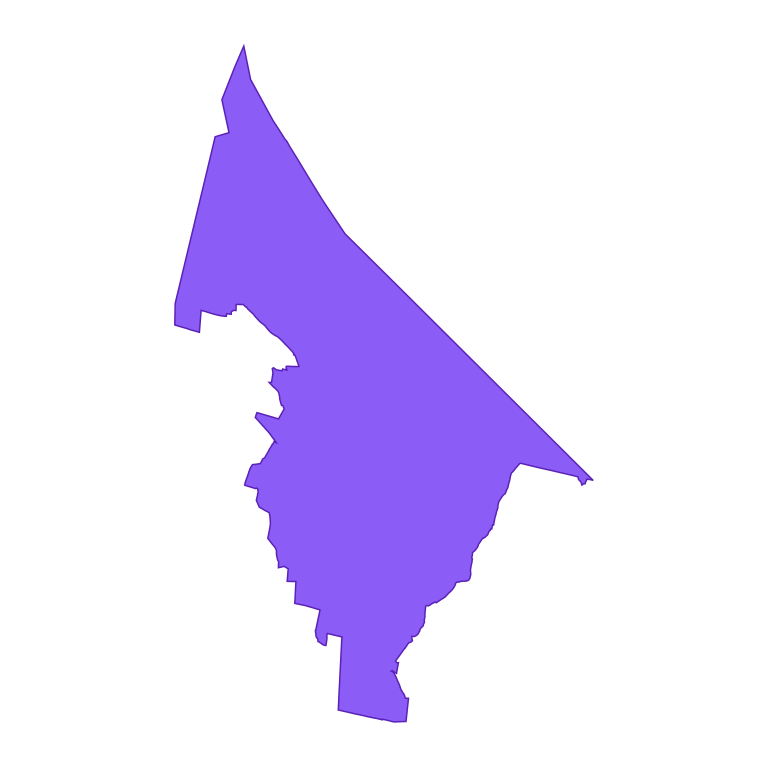 General Pánfilo Natera, Zacatecas, Mexico
{"feature_id": "50627088B90633980293506", "entity_name": "General Pánfilo Natera", "entity_type": "district", "adm_level": 2, "iso_a3": "MEX", "parent_name": "Mexico", "parent_adm1": "Zacatecas", "projection": "equal_earth", "projection_center": [-102.129, 22.703], "detail": "fine", "context": "isolated", "style": "filled", "palette": "violet", "viewbox_px": 768, "rotation_deg": 0, "n_neighbors": 0, "source": "geoboundaries", "source_scale": "gbopen_adm2", "svg_char_len": 6017}
<svg xmlns="http://www.w3.org/2000/svg" viewBox="0 0 768 768"><path d="M243.8,46.1L242.4,49.2L234.6,67.4L226.1,89.0L221.9,99.7L229.0,132.7L215.2,136.7L203.8,184.3L194.3,223.8L193.7,226.7L193.6,226.8L175.2,303.4L174.8,325.0L180.8,326.8L187.5,328.7L189.6,329.5L191.8,330.2L193.9,330.7L196.2,331.4L198.3,332.0L199.4,332.3L201.1,310.4L205.7,311.6L208.4,312.5L208.5,312.5L209.6,312.9L210.1,313.0L211.4,313.4L214.0,314.2L216.5,314.8L219.5,315.5L221.7,315.9L225.8,316.4L226.3,316.3L226.7,313.7L231.2,314.3L231.3,312.6L231.3,311.7L233.1,310.6L234.0,310.4L236.0,310.5L236.0,309.9L236.0,309.0L236.1,306.2L236.1,304.6L236.3,304.4L237.6,304.4L239.6,304.5L241.9,304.5L243.3,304.5L244.1,305.3L245.6,306.9L246.9,307.3L247.5,308.7L250.7,311.8L250.9,311.9L253.6,314.4L254.4,315.6L255.5,316.9L257.3,318.9L257.9,319.5L259.4,321.2L260.3,322.1L263.8,324.7L265.3,326.1L265.6,326.4L266.7,328.0L267.1,328.4L269.2,330.9L270.6,332.2L271.6,333.2L272.9,334.0L273.5,334.4L274.3,335.0L275.5,335.7L276.0,335.9L276.9,336.3L277.9,337.0L279.6,338.5L281.1,339.9L282.4,341.2L282.8,341.5L283.1,341.9L284.9,343.9L285.5,344.6L286.7,345.6L288.1,347.1L289.2,348.2L289.9,349.0L290.7,350.0L291.0,350.2L293.2,352.7L293.6,353.4L293.5,353.8L294.0,354.1L293.8,354.9L295.1,355.5L296.9,360.4L296.9,360.6L299.0,366.4L299.0,366.5L298.8,366.6L298.5,366.6L294.8,366.5L293.3,366.5L291.6,366.5L289.7,366.3L287.0,366.3L286.6,366.3L286.2,366.4L286.2,366.8L286.2,367.3L286.1,368.8L286.6,368.9L286.9,370.1L284.8,369.6L282.7,369.0L282.1,370.7L279.7,370.4L276.3,369.8L274.9,368.7L273.6,367.8L272.8,368.2L272.3,368.6L272.4,369.3L273.1,373.9L272.8,374.0L271.5,382.4L269.1,382.4L273.6,387.1L274.9,388.1L276.1,389.3L277.9,391.2L278.9,393.2L279.1,394.2L279.2,395.1L279.6,396.7L279.7,398.0L279.7,398.9L280.7,402.8L281.2,404.3L281.5,405.3L282.8,405.7L284.2,408.9L278.5,418.9L257.0,412.6L256.2,414.6L255.3,417.5L259.0,421.4L259.5,422.1L261.5,424.3L262.5,425.5L263.8,426.8L265.4,428.7L266.6,430.0L267.9,431.4L269.9,433.9L271.6,436.3L272.8,437.8L273.2,438.5L273.3,438.5L274.4,440.0L276.3,442.6L274.1,441.7L274.1,441.8L273.5,442.9L272.6,444.4L272.3,444.3L271.0,446.8L269.5,449.1L267.8,452.4L266.0,455.4L265.0,457.2L264.7,457.7L263.1,458.8L262.5,459.1L262.2,460.1L261.8,460.8L260.5,463.4L259.5,463.7L257.6,464.0L254.6,464.4L253.3,464.5L252.5,464.6L252.3,465.0L252.1,465.1L251.9,465.4L251.6,465.9L250.7,467.4L250.4,468.1L250.1,468.4L250.0,468.9L249.8,469.2L249.6,469.8L249.5,470.2L249.5,470.4L249.3,470.8L249.2,471.2L249.0,471.5L248.9,471.7L248.5,473.3L245.2,482.5L245.2,483.2L244.6,484.9L244.9,485.3L255.0,488.4L255.2,488.6L255.8,488.5L256.4,488.2L256.6,488.1L257.4,488.6L257.7,489.0L257.9,489.4L258.0,489.7L257.7,490.0L257.9,490.4L258.1,490.9L258.1,491.8L258.0,492.5L257.7,493.7L257.5,495.4L257.2,496.7L256.9,497.7L256.8,498.4L256.6,499.2L256.3,500.3L259.4,507.3L261.5,508.4L265.4,510.7L269.2,512.6L269.9,516.4L270.2,519.4L270.4,523.8L269.8,528.1L267.8,538.4L272.0,543.8L274.5,546.8L275.7,548.5L276.5,551.0L276.4,554.0L277.5,559.6L277.7,560.2L278.6,561.6L278.4,567.7L284.2,566.4L288.2,568.8L287.2,581.3L291.5,581.5L295.9,581.5L294.8,603.4L305.4,605.6L320.0,609.9L320.0,610.0L318.9,615.4L318.4,617.5L317.6,621.3L315.8,629.9L315.4,630.2L315.5,632.1L315.9,634.2L316.0,635.7L316.3,637.1L317.2,638.4L317.7,639.0L317.9,640.2L318.0,641.6L318.9,641.8L319.8,642.5L320.8,643.1L321.4,643.5L322.0,644.2L322.8,644.6L323.7,644.9L324.9,645.5L326.0,645.4L326.9,639.0L326.9,635.8L326.9,634.9L327.3,633.5L337.1,635.8L340.5,636.6L341.9,636.8L339.0,694.3L338.3,710.0L347.5,712.1L348.0,712.2L354.3,713.7L363.7,715.7L366.5,716.4L368.2,716.8L371.3,717.4L373.5,717.9L376.4,718.4L380.6,719.4L382.1,719.8L382.1,719.2L383.2,719.4L384.2,719.6L384.3,719.6L385.3,719.8L387.7,720.4L388.8,720.7L390.0,720.9L391.0,721.2L392.1,721.6L393.2,721.7L393.9,721.9L395.5,721.9L398.6,721.7L400.2,721.7L401.6,721.6L402.9,721.6L405.8,721.5L406.0,721.5L408.5,698.3L405.4,698.2L404.2,694.5L402.8,692.6L402.1,691.4L401.2,689.9L400.6,688.4L400.4,688.0L399.7,685.6L399.0,684.0L398.4,682.4L397.6,681.0L397.2,679.9L396.0,676.9L394.6,674.4L393.8,672.9L392.6,671.6L392.1,671.1L391.4,671.0L392.0,670.6L396.5,673.4L398.4,662.7L397.8,662.9L397.1,662.7L396.5,662.5L396.5,662.2L395.4,661.2L399.7,655.3L404.7,648.3L405.1,648.2L408.6,642.8L409.1,642.7L409.4,642.7L411.2,641.9L412.5,640.7L411.9,638.8L411.9,636.3L414.4,636.5L416.4,635.5L418.3,633.7L418.8,632.4L419.7,631.2L420.0,629.3L421.1,627.9L423.1,626.0L423.4,624.6L424.4,622.4L424.4,621.8L424.3,620.5L424.4,619.2L425.0,616.6L424.9,614.5L425.0,612.7L425.3,610.1L425.5,607.5L425.8,606.0L427.0,605.6L428.3,605.9L429.6,605.3L431.9,603.7L435.1,602.1L436.4,602.7L440.1,600.2L441.4,599.3L443.0,598.4L445.1,597.0L446.6,595.4L448.6,593.2L450.6,591.4L452.3,589.6L453.4,588.2L454.3,586.7L454.9,585.5L455.3,584.9L455.6,583.4L456.1,582.7L456.8,582.2L458.2,582.1L459.7,581.8L461.4,581.3L462.8,581.2L464.6,581.2L466.6,581.0L468.6,580.2L469.8,578.5L470.8,574.4L470.6,572.4L470.5,569.6L470.7,568.3L471.3,564.8L471.9,562.4L472.2,559.9L472.4,558.9L471.7,557.6L472.3,555.5L472.6,552.6L473.5,551.7L475.0,550.5L476.0,549.2L477.5,547.2L478.1,545.8L478.3,544.6L479.8,542.5L481.6,539.8L482.6,538.3L483.4,538.3L485.9,536.5L487.7,534.7L488.5,532.6L489.5,530.7L490.2,530.4L490.8,528.7L491.7,529.0L492.6,524.8L493.6,525.0L494.3,521.2L495.0,517.4L496.0,514.3L496.5,511.7L497.2,509.8L497.8,507.9L498.0,505.0L498.7,502.2L500.1,499.6L501.4,497.6L503.0,495.4L505.3,493.4L506.9,489.3L507.8,487.7L508.7,483.7L509.7,480.3L510.2,477.2L511.3,473.1L512.6,471.9L514.1,470.3L515.5,468.3L517.3,466.4L518.6,464.8L519.7,463.6L520.7,463.3L523.2,463.9L539.3,467.8L551.4,470.5L575.3,476.1L578.0,476.8L578.5,479.4L579.5,480.6L580.7,481.6L581.4,483.3L581.6,484.3L582.0,485.1L583.7,483.7L585.1,483.8L585.6,481.9L586.4,480.6L587.0,479.0L589.2,479.5L590.5,479.7L591.1,479.8L592.2,480.1L593.2,480.4L471.3,359.2L431.8,319.9L396.0,284.3L345.0,233.8L322.9,200.7L317.5,192.0L308.7,177.6L297.6,159.2L290.0,147.0L287.8,143.0L287.2,141.8L285.0,139.2L277.9,128.0L273.1,120.7L250.6,79.5L243.8,46.1Z" fill="#8b5cf6" stroke="#5b21b6" stroke-width="1.5"/></svg>